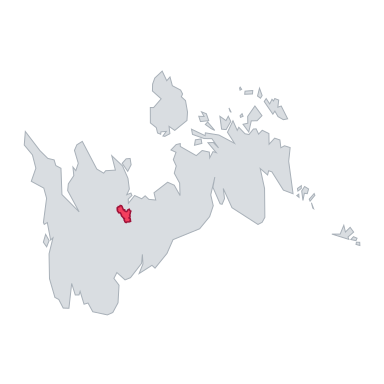 Cheshire East highlighted on a map of United Kingdom, rotated 89°
{"feature_id": "GBR-5706", "entity_name": "Cheshire East", "entity_type": "Unitary Authority", "adm_level": 1, "iso_a3": "GBR", "parent_name": "United Kingdom", "parent_adm1": "", "projection": "robinson", "projection_center": [-2.299, 53.164], "detail": "fine", "context": "in_parent", "style": "filled", "palette": "rose", "viewbox_px": 384, "rotation_deg": 89, "n_neighbors": 0, "source": "natural_earth", "source_scale": "10m", "svg_char_len": 4664}
<svg xmlns="http://www.w3.org/2000/svg" viewBox="0 0 384 384"><g transform="rotate(89 192 192)"><path d="M209.9,305.2L188.4,316.3L181.7,315.5L173.6,309.9L165.0,310.6L168.6,307.8L161.3,305.2L148.3,308.8L142.8,306.3L139.5,300.8L167.4,286.8L171.6,280.0L169.2,277.9L168.8,268.2L154.3,271.6L164.7,261.0L177.2,255.8L188.0,254.6L193.6,257.3L192.0,253.1L194.4,252.1L198.0,255.9L202.2,255.8L194.5,249.4L197.9,242.4L195.0,238.9L198.6,235.3L199.4,228.4L192.1,230.0L181.8,216.2L184.9,209.6L195.4,204.0L182.9,204.2L172.9,209.4L165.7,207.3L159.3,210.1L152.0,207.3L149.6,212.3L144.3,207.0L143.4,202.9L146.3,202.9L155.7,187.1L150.7,181.1L152.4,174.0L158.2,173.7L152.0,170.3L153.1,167.0L143.0,175.2L142.9,169.8L148.4,164.7L139.0,171.2L138.8,178.9L134.4,190.5L129.2,191.4L135.9,177.9L133.1,177.6L135.5,164.1L144.1,148.6L132.9,155.5L121.5,149.8L131.2,145.7L128.1,144.1L134.7,138.0L135.5,134.0L130.1,129.5L130.0,126.8L135.3,124.4L131.5,120.7L134.9,114.1L145.6,114.1L139.6,108.4L141.5,103.2L149.3,102.4L147.4,98.7L149.3,93.1L163.0,94.8L195.5,91.0L191.7,100.6L173.2,111.8L172.1,115.0L176.3,116.1L169.7,123.4L189.7,119.4L218.6,119.6L223.5,122.4L225.6,126.6L208.4,152.3L189.0,160.7L199.2,159.6L204.8,162.1L204.3,164.1L187.7,171.0L177.4,168.9L195.2,173.3L206.1,171.0L216.9,174.8L228.9,185.0L239.3,211.8L253.0,218.1L267.5,230.3L264.6,233.3L272.6,246.3L263.1,242.3L253.5,242.7L262.5,243.7L276.6,255.0L278.7,260.5L271.2,268.5L277.0,271.6L283.9,266.6L301.5,267.9L311.1,273.3L313.4,278.8L310.0,293.3L301.2,297.9L302.3,301.9L289.4,305.6L293.0,306.8L292.9,310.5L281.3,313.9L306.1,317.1L305.8,322.8L297.1,327.1L295.0,330.9L276.2,336.0L251.3,336.0L235.4,331.8L237.5,334.2L220.0,337.2L221.8,340.3L219.9,341.1L195.7,337.5L185.5,340.1L178.5,352.5L165.5,347.7L152.1,350.9L142.1,358.9L128.6,357.6L148.0,343.3L155.9,335.6L157.5,329.3L163.2,327.7L166.0,322.6L192.3,322.1L209.9,305.2ZM122.2,232.4L106.8,232.2L106.9,228.9L98.3,221.2L90.3,229.8L83.4,229.5L77.4,227.2L70.6,219.7L80.3,215.3L76.6,212.0L85.4,209.8L89.9,201.6L93.8,199.7L96.6,201.0L100.5,196.9L112.0,195.1L120.4,195.8L130.1,208.2L126.0,213.8L133.3,213.1L135.9,218.2L135.5,220.1L131.0,216.7L131.3,222.0L133.7,222.3L132.4,225.4L127.0,226.6L122.2,232.4ZM121.3,99.4L118.1,104.7L112.6,107.7L115.6,109.8L102.8,118.2L99.9,116.2L105.3,112.8L100.7,110.4L102.4,109.0L100.0,107.6L101.6,103.7L108.7,104.7L107.6,101.3L120.5,95.1L121.3,99.4ZM121.9,125.7L121.9,131.5L133.0,134.2L125.2,139.8L124.2,135.0L117.4,135.0L107.1,127.6L116.9,120.7L121.9,125.7ZM234.9,31.1L239.7,36.8L242.1,36.0L236.5,52.9L236.7,44.6L228.0,40.8L234.7,39.3L230.1,34.5L234.9,31.1ZM129.7,161.3L116.8,162.8L121.2,156.8L116.9,154.4L122.2,152.0L130.2,156.8L129.7,161.3ZM163.7,252.4L170.2,255.9L162.1,261.3L157.7,257.3L157.4,253.3L163.7,252.4ZM121.0,174.0L121.7,182.3L116.4,183.9L116.7,178.6L112.0,181.1L114.0,176.3L121.0,174.0ZM195.7,76.8L195.2,79.7L202.4,81.2L192.9,82.3L188.5,79.3L191.0,75.4L195.7,76.8ZM145.3,188.7L139.9,187.7L139.1,182.0L143.6,181.3L145.3,188.7ZM244.3,338.3L239.6,341.5L231.8,339.1L238.1,335.7L244.3,338.3ZM124.7,177.5L122.3,175.1L130.8,168.2L129.0,171.7L124.7,177.5ZM96.8,120.2L99.4,121.9L97.2,124.8L89.4,122.7L96.8,120.2ZM95.2,137.6L92.1,137.2L91.6,129.5L95.0,129.8L95.2,137.6ZM242.3,34.0L239.5,31.3L241.1,27.8L243.5,28.9L242.3,34.0ZM203.2,74.1L201.2,74.9L195.7,69.9L197.5,69.2L203.2,74.1ZM192.9,86.1L190.3,86.5L187.6,82.6L190.4,82.7L192.9,86.1ZM248.4,25.1L247.3,28.9L245.1,28.5L245.2,25.2L248.4,25.1ZM210.2,71.5L204.8,72.8L210.8,70.7L210.2,71.5ZM118.2,142.2L116.6,142.6L114.6,140.6L117.2,139.6L118.2,142.2ZM199.2,85.1L197.4,87.3L196.0,85.3L199.2,85.1ZM111.9,152.6L108.6,153.6L113.1,151.4L111.9,152.6ZM91.0,142.2L88.9,142.6L88.0,142.0L90.2,140.6L91.0,142.2Z" fill="#d9dde1" stroke="#a8b0b8" stroke-width="1"/><path d="M220.2,253.9L220.2,254.1L220.6,254.6L220.7,254.9L220.8,257.2L220.9,257.9L221.4,258.3L221.2,259.0L220.5,259.7L219.9,259.7L219.0,260.3L218.1,260.3L217.6,260.0L217.3,260.0L217.2,260.2L217.4,260.6L217.3,260.8L216.8,260.9L215.6,261.9L214.7,262.8L213.9,263.1L213.1,263.0L212.4,263.8L211.6,263.9L211.4,264.4L211.6,265.5L211.3,265.9L210.2,266.2L210.0,266.6L209.6,266.9L208.8,267.0L208.0,266.7L207.6,267.2L206.9,266.9L206.4,267.0L206.1,266.3L205.3,266.0L205.4,265.2L205.4,264.6L204.7,264.4L204.2,264.0L204.5,262.7L205.5,262.1L207.1,261.5L208.6,260.9L208.5,260.2L208.7,259.6L209.6,259.8L210.0,259.0L210.5,258.2L210.3,257.4L208.9,256.6L208.1,255.1L209.6,254.3L210.0,253.8L210.1,253.5L210.9,253.8L211.7,254.1L212.8,254.2L213.7,254.7L214.2,254.7L214.8,254.3L215.6,254.4L216.3,254.6L216.4,254.9L216.4,255.1L216.7,255.4L217.2,255.2L217.4,254.4L217.7,254.2L218.7,254.1L219.4,254.4L219.8,253.9L220.2,253.9Z" fill="#f43f5e" stroke="#9f1239" stroke-width="1.5"/></g></svg>